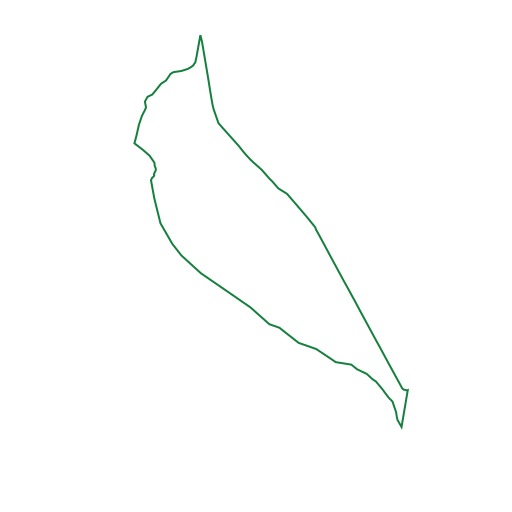 outline of Chimbas, San Juan, Argentina, rotated 241°
{"feature_id": "61730980B27264787590241", "entity_name": "Chimbas", "entity_type": "district", "adm_level": 2, "iso_a3": "ARG", "parent_name": "Argentina", "parent_adm1": "San Juan", "projection": "orthographic", "projection_center": [-68.525, -31.484], "detail": "fine", "context": "isolated", "style": "outline", "palette": "green", "viewbox_px": 512, "rotation_deg": 241, "n_neighbors": 0, "source": "geoboundaries", "source_scale": "gbopen_adm2", "svg_char_len": 1678}
<svg xmlns="http://www.w3.org/2000/svg" viewBox="0 0 512 512"><g transform="rotate(241 256 256)"><path d="M476.1,314.4L458.9,300.4L454.8,296.8L453.0,293.1L452.7,289.6L452.7,286.9L454.0,280.5L455.5,276.4L456.0,275.2L456.8,272.8L456.7,269.5L453.1,262.4L452.8,258.1L452.7,256.4L449.6,249.0L447.5,243.5L447.8,238.3L444.9,233.7L439.2,231.8L437.2,229.2L435.6,226.7L433.7,224.0L427.7,217.4L419.1,209.7L413.5,204.3L403.5,208.6L395.5,211.5L387.0,212.4L385.6,211.9L384.1,211.1L382.1,210.9L380.2,210.4L379.2,209.4L378.2,207.8L377.0,206.4L375.7,206.0L375.1,204.9L374.8,203.1L373.2,200.9L355.7,195.0L330.9,188.3L306.9,188.7L292.7,191.0L277.2,196.2L274.0,197.3L267.7,199.4L238.4,214.0L213.6,226.3L208.1,228.2L189.9,234.6L181.9,241.7L173.0,245.4L159.3,251.2L145.4,263.6L131.2,270.9L124.5,274.3L114.8,286.7L107.9,289.5L99.0,295.8L91.9,298.1L88.2,300.0L87.9,300.1L77.9,302.0L68.0,303.3L62.5,304.8L51.4,302.8L46.9,301.1L43.9,300.3L35.9,300.4L65.1,323.7L65.2,323.1L65.4,322.9L65.5,322.7L65.8,322.2L66.2,321.8L67.1,320.9L67.9,320.2L69.1,319.8L70.0,319.7L76.4,319.8L82.0,319.8L98.3,319.9L116.3,320.1L124.2,320.1L133.6,320.2L154.4,320.4L167.1,320.6L181.5,320.7L191.9,320.7L199.7,320.8L202.6,320.8L202.8,320.8L209.1,320.9L212.2,320.9L220.5,321.0L233.0,321.2L244.7,321.3L249.6,321.3L252.6,321.7L267.1,319.1L285.6,315.3L290.4,314.3L295.2,313.3L296.6,312.6L299.6,310.9L304.3,308.3L313.3,306.4L313.7,306.3L317.0,305.3L328.6,302.8L339.7,298.9L342.5,298.0L348.1,296.6L352.7,295.6L361.0,294.2L369.8,292.2L377.8,290.4L384.2,288.9L387.6,288.2L388.9,287.9L390.6,287.6L404.9,290.1L408.8,291.1L421.1,295.4L432.6,299.6L437.1,301.2L469.4,312.6L476.1,314.4Z" fill="none" stroke="#15803d" stroke-width="2"/></g></svg>